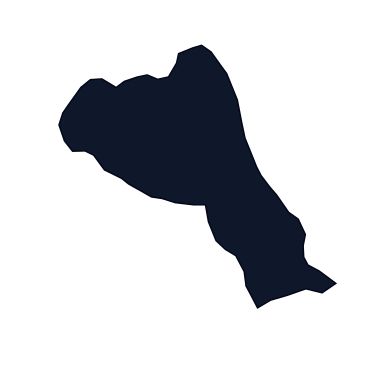 Vasili, Cyprus, rotated 158°
{"feature_id": "46923920B59357153035483", "entity_name": "Vasili", "entity_type": "district", "adm_level": 2, "iso_a3": "CYP", "parent_name": "Cyprus", "parent_adm1": "", "projection": "robinson", "projection_center": [34.16, 35.461], "detail": "fine", "context": "isolated", "style": "filled", "palette": "ink", "viewbox_px": 384, "rotation_deg": 158, "n_neighbors": 0, "source": "geoboundaries", "source_scale": "gbopen_adm2", "svg_char_len": 912}
<svg xmlns="http://www.w3.org/2000/svg" viewBox="0 0 384 384"><g transform="rotate(158 192 192)"><path d="M92.9,53.4L103.7,71.1L111.9,80.9L112.8,89.8L109.1,100.5L102.8,110.2L103.7,127.1L110.0,136.9L114.6,157.3L118.2,168.0L121.8,181.3L122.7,191.1L122.7,206.2L122.7,222.2L120.0,237.3L115.5,260.4L115.5,277.3L115.5,288.8L118.2,299.5L121.8,314.6L128.2,324.4L137.2,325.3L152.6,325.3L158.0,317.3L170.7,307.5L181.6,309.3L189.7,317.3L199.7,319.1L213.3,319.9L223.2,317.3L233.2,330.6L244.1,334.2L255.8,330.6L273.9,319.1L282.1,313.7L290.2,304.0L291.1,287.1L287.5,274.6L275.8,270.2L269.4,263.1L264.9,245.3L252.2,231.1L247.7,223.1L241.3,215.1L231.4,202.6L222.3,197.3L211.5,188.4L195.2,179.5L184.3,175.1L187.9,158.2L187.9,146.7L187.9,137.8L182.5,126.2L175.2,116.5L173.4,98.7L177.1,84.5L176.1,75.6L174.6,60.0L159.8,62.3L141.7,60.5L122.7,59.6L109.1,49.8L92.9,53.4Z" fill="#0f172a" stroke="#020617" stroke-width="1.5"/></g></svg>